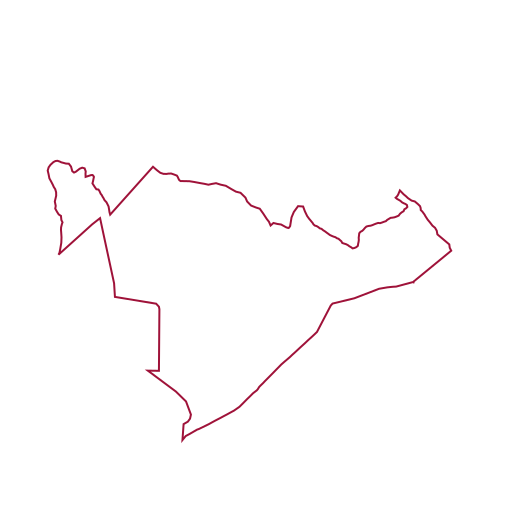 Santa Catarina Yosonotú, Oaxaca, Mexico (Albers equal-area conic projection), rotated 162°
{"feature_id": "50627088B97358550185776", "entity_name": "Santa Catarina Yosonotú", "entity_type": "district", "adm_level": 2, "iso_a3": "MEX", "parent_name": "Mexico", "parent_adm1": "Oaxaca", "projection": "albers", "projection_center": [-97.679, 17.005], "detail": "fine", "context": "isolated", "style": "outline", "palette": "rose", "viewbox_px": 512, "rotation_deg": 162, "n_neighbors": 0, "source": "geoboundaries", "source_scale": "gbopen_adm2", "svg_char_len": 3534}
<svg xmlns="http://www.w3.org/2000/svg" viewBox="0 0 512 512"><g transform="rotate(162 256 256)"><path d="M68.7,200.7L69.2,204.0L68.6,207.3L76.8,220.5L76.3,224.2L77.0,227.5L78.8,230.3L80.2,234.3L81.5,237.5L82.6,241.6L82.9,243.3L84.1,246.9L85.1,248.8L84.6,250.7L84.6,252.7L85.9,255.2L88.1,258.8L90.9,260.6L93.6,264.1L94.9,266.5L96.5,269.0L98.9,273.9L101.9,270.4L103.4,269.2L105.2,268.3L104.3,266.8L102.9,265.3L101.6,263.8L100.6,262.0L99.3,260.6L97.8,259.3L96.7,257.8L96.9,255.9L98.5,255.0L100.4,254.6L101.8,253.0L103.9,252.5L105.9,251.7L107.9,250.3L110.0,250.1L112.3,250.0L114.4,250.3L116.2,250.7L117.9,250.3L120.1,249.8L121.7,249.0L123.9,249.0L125.8,248.9L127.9,248.9L129.6,249.7L131.7,249.7L133.6,249.6L135.7,249.4L137.7,249.4L139.7,249.8L141.9,249.9L143.8,249.0L145.5,247.9L147.1,247.1L149.2,246.7L150.8,245.7L151.7,243.7L152.7,241.6L153.2,239.6L154.1,237.7L155.0,236.2L156.0,234.2L157.9,233.4L159.8,233.2L161.8,233.4L162.8,234.9L164.2,236.4L165.3,238.0L166.7,239.4L168.4,240.6L169.9,241.7L170.3,243.7L171.3,245.3L172.2,246.9L173.6,247.9L174.6,249.3L176.3,250.5L177.7,251.7L179.3,253.2L180.4,254.8L181.6,256.4L182.7,258.0L184.2,259.8L185.3,261.6L186.8,262.6L187.8,264.2L189.1,265.7L190.7,266.8L191.6,268.4L191.9,269.8L193.5,273.9L193.9,274.8L195.0,278.2L195.7,283.4L195.9,288.5L200.6,290.4L206.4,286.2L210.3,281.7L214.3,273.9L215.6,272.9L216.1,272.6L216.6,272.6L218.4,273.9L222.4,278.2L225.8,279.9L229.2,282.0L232.7,280.5L233.1,284.6L234.3,287.8L236.0,294.1L237.8,299.8L241.0,302.1L245.1,305.5L247.6,310.6L248.0,314.8L251.2,320.9L255.2,323.4L258.7,327.2L263.0,332.1L267.6,334.8L271.5,337.6L275.9,338.2L279.2,338.5L282.8,340.6L286.6,342.6L292.1,345.6L296.2,347.7L304.6,350.6L305.5,351.8L305.8,353.2L306.0,355.3L306.4,356.9L308.6,358.7L311.1,360.6L313.7,361.4L315.7,361.7L318.6,362.7L321.3,364.7L323.7,368.2L326.4,372.7L381.9,340.4L381.8,342.9L381.5,344.7L380.9,348.7L381.3,351.4L381.6,353.3L382.8,355.9L383.2,358.4L383.6,359.8L383.9,361.7L384.5,363.2L384.8,366.1L385.3,367.9L387.2,368.8L388.1,371.7L389.1,375.6L387.7,377.8L386.6,379.8L385.7,381.3L385.9,382.4L386.4,383.5L387.8,383.9L393.6,383.9L392.7,387.0L391.8,389.1L391.9,392.3L394.0,393.7L396.7,393.5L401.4,391.8L403.3,391.6L404.5,393.4L404.3,398.2L405.5,401.6L408.3,402.7L410.1,403.9L412.3,405.3L413.5,406.5L415.4,407.9L417.4,408.3L419.7,407.9L422.7,406.5L423.2,406.3L425.8,404.4L427.7,401.6L428.0,397.9L428.5,393.7L427.7,389.4L427.2,386.3L427.0,384.2L426.3,381.6L426.4,378.4L427.4,375.1L430.5,370.0L431.0,365.5L432.3,363.1L431.6,359.6L430.8,356.5L429.1,354.4L430.0,350.3L429.6,347.8L430.7,346.4L432.5,343.5L433.4,341.1L434.1,338.2L435.2,333.9L437.1,328.7L440.1,323.0L441.9,319.8L443.4,318.3L415.3,330.8L402.1,336.7L392.6,340.2L394.3,323.9L399.4,273.9L402.8,260.7L365.7,241.5L364.0,237.8L364.3,235.3L383.8,176.8L394.3,180.4L374.1,151.9L367.5,139.3L366.9,125.3L369.0,121.7L372.0,119.5L376.8,118.5L382.8,103.7L378.5,106.5L373.9,107.3L372.6,107.6L365.6,109.1L364.0,109.1L352.6,110.7L349.6,111.3L345.3,112.1L339.8,113.0L336.0,113.7L333.0,114.2L326.7,115.4L324.9,115.7L318.3,117.7L313.4,120.2L308.6,122.7L305.9,124.0L301.2,126.4L296.7,128.0L295.4,128.8L294.6,129.5L293.4,130.5L291.5,131.5L288.6,132.9L285.9,134.4L281.2,136.8L273.9,140.6L265.5,145.0L261.3,146.8L255.0,149.4L251.9,150.9L249.6,151.9L241.4,155.7L236.3,158.0L231.9,160.1L227.8,161.9L221.5,164.9L210.6,175.6L200.8,185.2L200.2,185.8L199.1,186.4L197.9,187.1L175.5,185.4L149.1,186.8L140.8,185.6L135.6,184.5L132.2,183.6L114.7,182.7L114.3,182.3L113.7,183.1L68.7,200.7Z" fill="none" stroke="#9f1239" stroke-width="2"/></g></svg>